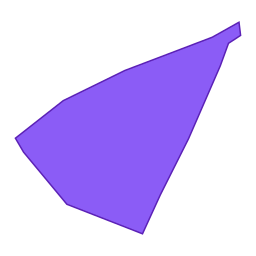 the border of Choiseul
{"feature_id": "LCA-5078", "entity_name": "Choiseul", "entity_type": "Quarter", "adm_level": 1, "iso_a3": "LCA", "parent_name": "Saint Lucia", "parent_adm1": "", "projection": "mercator", "projection_center": [-61.017, 13.796], "detail": "fine", "context": "isolated", "style": "filled", "palette": "violet", "viewbox_px": 256, "rotation_deg": 0, "n_neighbors": 0, "source": "natural_earth", "source_scale": "10m", "svg_char_len": 290}
<svg xmlns="http://www.w3.org/2000/svg" viewBox="0 0 256 256"><path d="M142.5,233.8L66.9,204.3L23.6,152.2L15.4,138.2L63.3,100.6L124.8,70.5L212.3,37.2L239.0,22.2L240.6,35.4L228.5,43.3L220.3,65.8L188.5,138.8L160.3,194.9L142.5,233.8Z" fill="#8b5cf6" stroke="#5b21b6" stroke-width="1.5"/></svg>